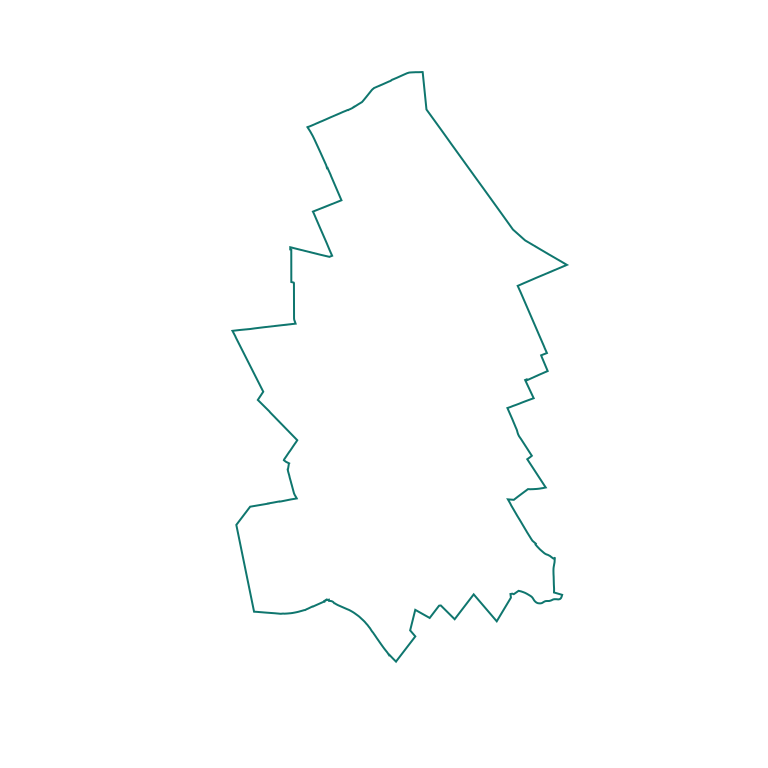 Hoogeveen, Drenthe, Netherlands (Equal Earth projection), rotated 244°
{"feature_id": "6326949B96406683138196", "entity_name": "Hoogeveen", "entity_type": "district", "adm_level": 2, "iso_a3": "NLD", "parent_name": "Netherlands", "parent_adm1": "Drenthe", "projection": "equal_earth", "projection_center": [6.501, 52.728], "detail": "fine", "context": "isolated", "style": "outline", "palette": "teal", "viewbox_px": 768, "rotation_deg": 244, "n_neighbors": 0, "source": "geoboundaries", "source_scale": "gbopen_adm2", "svg_char_len": 5854}
<svg xmlns="http://www.w3.org/2000/svg" viewBox="0 0 768 768"><g transform="rotate(244 384 384)"><path d="M548.0,359.7L546.0,358.7L545.3,359.5L516.3,345.4L514.8,347.2L514.7,347.3L514.4,347.3L514.2,347.3L504.9,342.8L483.2,332.3L482.4,331.9L482.0,331.8L481.6,331.6L480.8,331.4L480.4,331.4L477.0,331.0L487.5,301.4L490.6,292.4L492.1,287.8L494.1,282.5L496.0,277.4L498.2,271.1L491.6,271.3L491.2,271.2L463.6,271.6L430.0,272.1L425.0,263.6L409.5,269.0L408.8,269.1L406.9,269.7L371.5,281.4L370.4,279.6L369.2,277.4L368.4,276.0L368.3,275.8L365.1,270.3L364.4,268.9L362.5,265.6L362.3,265.3L360.1,261.4L359.9,261.1L359.4,260.6L357.2,261.7L356.9,261.9L354.3,263.9L354.2,263.7L351.4,261.7L349.9,260.6L349.5,260.3L349.5,260.0L349.3,259.9L349.2,259.9L347.1,259.4L343.2,258.7L341.1,258.2L337.2,257.5L334.8,257.0L334.6,257.0L325.3,255.2L324.7,255.2L324.0,255.1L322.6,255.2L320.2,255.4L319.4,255.4L321.1,249.6L321.2,249.2L323.5,240.4L324.1,238.5L324.3,238.5L324.9,236.4L326.1,232.0L327.4,227.6L327.2,227.6L328.7,222.5L332.4,209.9L322.1,189.5L236.3,167.4L235.7,168.5L234.9,169.9L229.8,178.5L226.2,184.7L225.3,186.2L222.7,190.5L222.0,192.4L221.1,194.1L220.3,196.0L219.6,197.8L218.9,199.6L218.3,201.4L217.8,203.2L217.2,205.5L216.8,207.2L216.5,208.9L216.1,211.0L215.8,212.8L215.6,213.6L215.5,213.8L215.4,214.0L215.5,215.6L215.4,217.3L215.4,219.0L215.4,222.2L215.1,222.4L215.1,223.5L214.7,234.7L214.7,234.8L214.4,235.1L214.8,235.7L215.2,235.6L215.2,236.5L215.1,237.1L215.0,237.7L215.4,237.7L215.4,238.0L214.8,238.0L214.3,239.9L214.1,239.8L213.2,239.5L212.6,240.5L212.2,241.1L211.7,241.8L211.3,242.1L210.9,242.4L210.6,242.6L210.2,242.8L209.9,242.9L208.7,243.2L208.2,243.8L207.0,244.5L206.2,245.1L205.5,245.6L197.5,252.4L196.4,253.4L195.2,254.3L193.9,255.2L192.7,256.0L191.4,256.8L188.8,258.2L187.3,259.0L185.9,259.7L184.4,260.3L182.8,260.9L181.3,261.5L179.7,262.1L178.1,262.6L176.4,263.0L174.8,263.5L172.2,264.0L170.4,264.4L169.1,264.5L166.8,264.8L166.0,265.0L165.3,265.2L163.6,265.4L163.2,265.5L159.8,266.0L159.6,266.0L151.9,267.2L149.5,267.6L147.2,268.0L145.2,268.4L143.4,268.8L141.2,269.3L138.1,269.7L138.3,270.1L136.1,270.8L133.0,271.8L131.0,272.5L129.2,273.1L129.6,273.8L143.4,301.5L151.1,299.5L167.3,313.1L153.7,322.5L155.5,326.1L160.6,336.3L160.3,337.3L160.0,338.0L141.6,344.4L155.6,372.4L121.3,381.3L136.2,404.2L136.5,404.5L139.8,405.6L139.3,407.4L138.2,408.5L139.1,414.3L137.5,416.3L136.7,417.1L136.0,417.8L134.6,419.1L132.9,420.4L131.7,421.2L130.8,421.8L129.2,422.8L128.9,423.0L128.6,423.1L128.1,423.4L127.4,423.6L126.7,423.8L125.9,423.9L123.8,424.1L123.4,424.2L122.8,424.3L122.3,424.5L121.3,424.9L120.5,425.4L120.0,425.8L119.6,426.2L119.4,426.4L119.0,427.1L118.7,427.6L118.5,427.9L118.2,428.6L118.1,429.0L118.0,429.3L117.9,430.1L117.9,430.5L117.9,430.8L118.0,431.0L118.1,432.1L118.1,432.4L118.1,432.9L118.1,433.6L118.0,434.1L117.8,434.6L117.6,435.2L116.9,436.6L116.6,437.2L116.5,437.6L116.4,438.2L116.3,438.8L116.2,439.4L116.2,439.6L116.2,440.8L116.2,441.4L116.2,441.7L116.0,442.2L116.0,442.5L115.6,443.4L115.1,444.4L115.0,444.6L114.0,446.2L113.9,446.5L113.8,446.8L113.7,447.3L113.6,447.8L113.7,448.0L113.8,448.7L113.9,449.0L114.0,449.2L114.2,449.4L114.4,449.7L114.8,450.2L115.1,450.5L116.4,451.7L122.1,445.4L122.7,445.7L124.2,446.5L125.4,447.1L129.4,448.8L136.4,452.0L139.0,453.1L142.0,454.5L143.9,455.5L145.0,456.2L148.3,458.6L149.1,459.2L151.1,460.3L153.3,461.6L153.0,461.1L152.2,460.5L152.3,460.2L152.5,460.1L153.2,459.5L155.6,458.3L156.2,458.0L156.8,457.7L157.3,457.3L157.9,456.9L158.9,456.1L159.4,455.5L160.0,455.0L161.3,454.1L163.3,453.2L167.1,451.6L167.8,451.4L170.6,450.5L173.3,449.8L173.8,450.5L177.8,448.8L178.0,448.7L180.2,448.4L189.0,447.5L189.7,447.5L190.5,447.4L201.7,446.5L206.9,446.0L219.1,445.1L221.3,445.1L226.0,444.8L223.0,449.9L224.1,455.2L226.4,467.3L225.8,468.4L225.3,469.3L224.8,470.4L224.4,471.3L223.5,473.4L222.6,475.6L222.0,477.3L221.6,478.5L221.3,479.6L220.9,480.8L220.5,482.5L220.1,484.0L222.3,483.7L231.9,482.5L253.6,479.8L253.9,481.6L254.3,483.8L254.7,485.4L274.6,483.0L277.8,482.5L278.5,482.5L279.1,482.5L280.0,482.5L281.6,482.7L284.1,483.2L285.2,483.3L287.7,483.4L290.9,483.6L292.8,483.7L295.8,483.9L308.3,484.4L307.9,487.6L307.7,490.5L307.4,493.0L307.0,497.3L306.9,499.0L306.7,501.5L306.2,506.7L305.6,512.3L325.7,512.6L325.6,514.3L324.7,514.2L324.3,527.5L323.9,536.8L338.5,537.6L340.9,537.8L340.4,544.0L346.4,544.2L347.0,544.3L360.7,544.9L367.0,545.2L406.4,547.0L413.6,547.2L413.5,548.8L413.4,551.4L413.3,554.3L413.2,556.0L412.9,562.4L412.7,567.2L412.3,574.2L411.7,585.4L410.9,600.6L426.3,590.3L427.9,589.2L451.2,573.8L453.6,572.8L466.3,567.6L489.9,563.6L511.4,559.9L529.7,556.7L541.9,554.6L570.8,549.6L576.9,548.6L588.7,546.6L612.1,542.5L647.4,555.5L647.6,555.2L648.1,554.0L649.1,551.7L650.5,548.8L650.6,548.6L652.4,544.4L652.5,544.1L652.9,543.1L653.0,542.2L653.1,541.8L653.2,541.1L653.3,538.8L653.4,536.2L653.6,529.2L653.7,528.1L653.7,527.8L653.7,527.7L653.8,525.3L653.9,525.1L653.9,524.4L653.8,524.2L653.8,523.9L653.7,523.3L653.6,523.2L653.6,522.8L653.6,521.9L653.7,521.3L653.9,515.2L654.4,504.9L654.1,503.9L654.0,503.2L653.8,502.6L653.6,502.0L648.8,491.8L647.4,488.7L647.3,488.4L647.0,487.6L647.0,487.0L646.9,486.2L646.7,483.8L646.1,478.6L646.3,478.6L646.2,477.8L645.9,476.7L645.9,476.2L645.9,474.2L646.0,472.0L645.9,471.9L646.1,471.5L646.2,471.4L646.3,469.2L646.5,466.5L646.6,463.8L647.1,453.3L647.3,447.4L647.4,445.4L647.4,445.0L647.5,442.9L647.6,441.9L648.0,432.2L648.2,429.1L648.3,428.8L648.4,428.6L648.4,427.8L645.2,428.2L643.4,428.4L641.7,428.5L639.9,428.6L638.2,428.7L636.4,428.7L634.5,428.7L621.0,428.4L608.1,428.0L607.1,428.0L605.8,427.9L604.5,427.7L603.0,427.4L603.0,428.0L601.3,427.9L594.9,427.7L594.7,427.6L567.8,426.3L568.6,415.7L570.1,395.7L568.8,395.7L568.0,395.7L553.3,395.0L536.4,394.3L528.0,393.8L522.0,393.6L522.2,391.0L522.2,390.7L527.9,383.7L548.0,359.7Z" fill="none" stroke="#0f766e" stroke-width="2"/></g></svg>